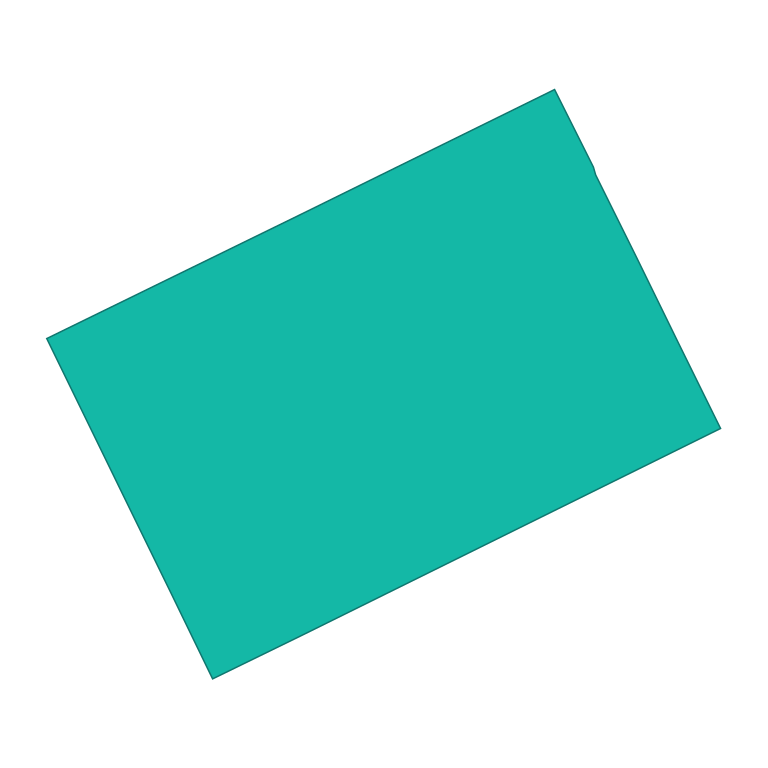 Kingman, Kansas, United States of America (Mercator projection), rotated 334°
{"feature_id": "52423323B43216783054971", "entity_name": "Kingman", "entity_type": "district", "adm_level": 2, "iso_a3": "USA", "parent_name": "United States of America", "parent_adm1": "Kansas", "projection": "mercator", "projection_center": [-98.077, 37.559], "detail": "fine", "context": "isolated", "style": "filled", "palette": "teal", "viewbox_px": 768, "rotation_deg": 334, "n_neighbors": 0, "source": "geoboundaries", "source_scale": "gbopen_adm2", "svg_char_len": 327}
<svg xmlns="http://www.w3.org/2000/svg" viewBox="0 0 768 768"><g transform="rotate(334 384 384)"><path d="M667.0,571.5L666.6,476.2L666.5,381.1L665.9,288.8L667.3,280.9L666.4,194.1L383.7,195.1L100.8,195.3L100.8,385.3L100.9,479.7L100.7,573.9L199.8,573.9L667.0,571.5Z" fill="#14b8a6" stroke="#0f766e" stroke-width="1.5"/></g></svg>